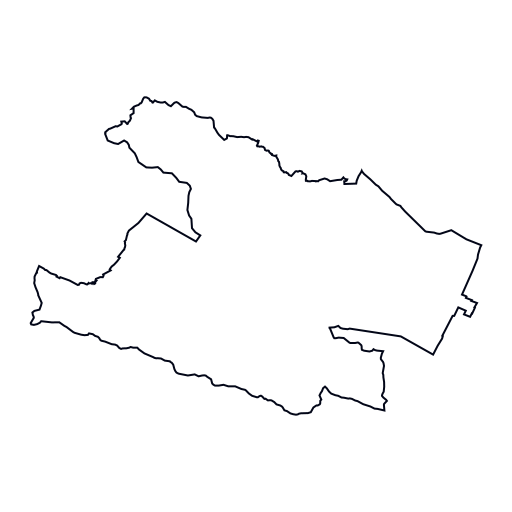 outline of Urechesti, Bacau, Romania
{"feature_id": "2599482B92089902451538", "entity_name": "Urechesti", "entity_type": "district", "adm_level": 2, "iso_a3": "ROU", "parent_name": "Romania", "parent_adm1": "Bacau", "projection": "equal_earth", "projection_center": [27.054, 46.131], "detail": "fine", "context": "isolated", "style": "outline", "palette": "ink", "viewbox_px": 512, "rotation_deg": 0, "n_neighbors": 0, "source": "geoboundaries", "source_scale": "gbopen_adm2", "svg_char_len": 6048}
<svg xmlns="http://www.w3.org/2000/svg" viewBox="0 0 512 512"><path d="M471.8,300.1L465.9,297.9L466.5,296.5L466.3,296.3L462.0,294.6L472.5,270.9L477.5,258.6L478.0,254.6L480.1,247.6L481.3,245.2L466.4,239.3L451.3,230.2L440.5,233.7L439.2,233.9L436.8,233.5L434.2,232.6L426.4,231.7L425.3,231.3L405.2,211.6L401.4,207.4L400.4,205.9L396.5,204.4L395.6,203.6L391.0,199.0L389.5,197.0L382.1,190.7L378.4,186.3L375.8,184.7L370.3,179.3L364.1,174.0L361.9,171.3L361.7,170.8L361.1,172.2L358.6,176.1L356.7,180.7L356.2,183.6L344.4,184.0L344.2,181.3L345.7,181.1L346.7,180.5L347.2,179.4L345.7,179.2L344.3,178.5L343.4,177.4L341.4,179.7L337.3,180.0L330.1,181.2L327.2,179.3L324.6,178.5L319.2,180.2L318.1,181.3L316.9,181.1L316.0,181.4L315.8,181.1L312.0,180.9L310.1,181.4L307.5,181.2L307.3,180.8L305.9,180.8L305.8,179.7L306.3,176.3L305.4,174.3L303.1,173.3L302.5,173.4L302.7,173.0L301.7,171.4L299.5,170.9L297.9,171.7L296.8,171.2L295.5,171.4L291.4,176.0L288.8,174.9L288.4,173.9L287.7,173.2L286.7,172.9L286.3,172.2L284.1,172.4L283.7,172.3L283.5,171.3L281.7,170.3L280.9,168.9L280.8,168.1L279.8,166.6L279.3,165.0L279.4,164.2L279.0,161.9L278.3,161.2L277.9,159.4L276.2,156.6L276.3,155.5L274.5,155.9L272.0,155.0L272.0,154.1L271.1,154.0L270.7,153.2L269.7,152.7L268.9,151.4L268.8,150.8L268.0,150.5L266.5,150.7L265.0,149.9L264.6,148.1L263.1,146.8L261.9,146.7L261.4,146.4L259.5,146.7L258.7,146.3L257.3,146.3L256.9,145.7L258.1,143.0L258.7,140.8L257.8,140.5L257.1,141.5L252.6,139.2L252.2,139.6L248.5,137.2L246.2,136.9L244.0,137.2L241.2,136.8L237.2,137.1L233.2,136.2L230.0,136.1L227.7,135.2L227.1,135.3L227.0,138.0L226.8,138.5L224.2,139.9L219.0,134.9L217.4,132.7L214.8,128.2L214.1,127.6L213.5,120.8L212.3,118.8L210.9,117.7L209.8,117.5L207.7,117.9L201.6,117.4L196.7,116.1L195.1,114.7L194.2,112.3L191.4,109.8L188.9,108.7L186.0,106.9L183.8,106.9L182.4,106.6L178.3,103.0L176.6,102.1L175.0,102.5L174.1,103.0L170.9,106.2L168.5,105.1L164.9,101.9L162.9,102.5L160.5,102.5L157.3,101.8L154.8,100.4L152.9,102.6L152.5,102.6L151.5,101.0L150.3,100.8L149.0,98.7L146.6,97.4L144.6,97.3L144.1,97.5L143.1,98.9L141.6,102.5L140.8,103.3L140.2,103.3L138.5,105.0L136.7,105.5L133.9,106.7L132.0,108.7L133.6,108.4L133.6,113.1L130.4,115.3L130.6,117.4L131.0,118.1L129.9,120.7L128.3,122.3L127.7,123.8L127.2,124.0L124.7,121.3L121.3,121.6L121.8,123.3L121.5,124.2L117.3,126.5L115.7,126.2L110.1,128.7L109.0,128.9L105.4,132.1L105.2,132.3L105.5,133.1L105.1,133.8L107.7,140.5L114.1,143.2L118.1,144.0L124.1,140.5L127.1,142.3L128.8,144.9L129.4,147.7L134.8,153.3L136.6,157.1L138.4,162.0L146.3,167.4L152.0,167.7L157.8,167.1L160.7,169.4L163.4,172.6L171.9,173.3L176.3,177.9L179.2,181.8L186.8,182.9L189.8,185.7L190.9,188.9L189.3,192.1L188.5,195.8L188.2,202.9L187.4,210.0L189.1,215.5L191.4,218.8L192.0,228.2L195.4,232.3L200.3,235.4L196.0,241.5L146.6,213.5L138.4,223.0L128.9,230.6L127.4,233.5L127.4,234.7L127.0,235.4L125.9,240.1L124.6,241.4L125.1,242.7L124.9,243.5L125.3,245.3L125.0,247.1L124.6,247.9L124.2,249.6L123.8,249.7L118.1,256.8L119.8,257.8L117.1,261.4L114.0,264.7L111.7,266.5L110.3,268.4L109.7,269.4L110.7,270.4L103.1,274.5L103.6,275.6L102.8,277.2L100.3,277.1L95.9,278.9L95.4,280.6L96.3,280.8L95.3,282.0L94.6,282.1L95.2,283.0L95.2,283.4L94.1,284.0L92.8,282.2L92.4,282.2L91.9,283.7L91.1,283.2L88.9,283.4L88.6,283.1L88.3,283.7L87.7,283.8L87.3,284.4L86.5,284.4L83.9,283.2L81.1,282.8L79.6,283.4L79.0,284.7L77.8,285.0L69.5,280.5L60.3,277.2L59.6,278.2L56.5,276.6L56.9,275.9L56.0,275.0L51.1,273.5L49.4,272.5L46.5,270.1L45.2,270.0L43.8,268.6L39.1,266.0L36.8,271.6L37.0,272.7L36.3,273.0L34.6,276.5L34.5,278.3L34.7,280.2L34.2,283.1L35.5,287.2L37.6,292.2L38.2,294.4L38.2,295.2L41.7,302.9L41.0,305.5L39.5,309.6L34.4,310.9L32.4,312.5L32.9,315.1L33.6,316.5L33.8,317.8L30.7,323.1L31.2,324.4L33.9,324.9L37.2,324.1L39.9,322.7L41.2,321.2L51.8,322.4L59.3,322.3L64.4,325.9L66.5,327.0L73.1,332.0L74.6,332.8L81.2,334.7L84.5,335.2L87.9,334.9L89.0,333.4L92.8,334.2L95.1,335.9L97.9,336.8L99.3,338.2L100.1,339.7L101.3,340.7L105.1,341.6L111.7,344.2L115.1,344.6L117.1,345.5L119.3,348.0L121.1,348.9L122.7,348.4L126.4,348.3L129.2,347.7L130.6,347.0L133.3,347.7L137.3,347.7L139.0,349.5L144.4,353.4L153.8,357.4L154.2,357.8L156.2,358.3L157.7,358.2L161.0,358.5L164.8,360.6L169.9,361.3L170.3,361.9L171.7,362.7L173.2,364.6L174.4,369.1L175.3,371.0L176.4,372.5L177.4,373.1L178.8,373.7L187.9,375.5L194.7,374.4L198.6,376.3L202.1,375.5L204.3,375.3L205.8,375.6L207.2,376.8L211.1,379.3L212.2,383.5L213.4,384.7L215.0,385.6L218.7,385.6L223.5,384.8L228.2,386.3L235.1,386.3L241.4,389.0L245.0,389.8L245.8,390.3L248.9,393.5L252.1,395.8L257.0,397.3L258.0,397.2L259.5,396.1L260.9,395.7L262.2,396.5L264.4,398.9L265.5,398.7L267.9,400.4L270.1,400.2L271.5,400.4L274.3,402.1L276.5,404.4L280.3,405.5L281.9,406.5L282.7,407.4L284.4,410.3L287.0,411.1L290.4,413.4L293.1,414.2L296.0,414.7L297.8,414.4L299.0,413.7L300.9,413.3L308.0,413.1L310.8,412.2L313.4,407.5L316.0,405.7L316.7,405.4L317.7,405.5L319.8,404.3L320.2,403.4L320.3,400.7L321.3,399.6L319.5,395.4L320.8,392.8L321.9,391.3L323.1,388.2L325.0,386.6L326.8,388.3L329.0,391.5L331.2,393.6L335.3,395.2L338.2,395.8L341.5,397.5L343.9,397.7L348.3,398.6L349.8,398.4L352.0,398.9L355.1,400.5L357.5,401.1L363.2,404.2L370.4,406.5L374.5,408.6L377.6,408.9L384.4,410.5L383.9,404.8L384.1,403.9L386.9,400.9L386.1,399.8L383.3,397.5L382.0,395.9L382.0,395.3L382.6,393.6L383.7,391.7L384.2,386.8L384.1,382.0L383.4,377.4L383.3,374.9L382.7,373.1L384.0,365.9L383.5,363.1L383.0,361.9L380.9,359.2L380.8,357.8L381.9,353.7L383.1,351.2L377.0,350.6L375.0,350.1L373.5,349.2L372.3,350.7L369.5,351.5L364.1,350.7L361.9,349.8L361.7,348.5L361.6,346.1L361.2,345.1L358.5,342.7L357.8,342.5L355.1,343.0L350.4,343.0L349.5,342.7L343.7,338.0L338.7,337.6L335.8,338.2L334.3,338.2L333.6,337.2L330.2,328.9L329.5,328.0L329.5,327.6L334.3,327.3L338.3,325.9L340.5,328.0L342.9,328.7L347.7,329.2L349.7,328.6L400.8,336.4L433.1,354.6L437.7,345.7L442.1,338.6L442.8,336.1L442.3,335.8L452.6,315.9L454.2,315.9L458.3,307.4L465.8,310.7L464.0,314.4L470.1,316.8L471.9,313.3L472.2,313.5L474.9,307.7L474.4,307.4L477.0,303.0L471.3,300.9L471.8,300.1Z" fill="none" stroke="#020617" stroke-width="2"/></svg>